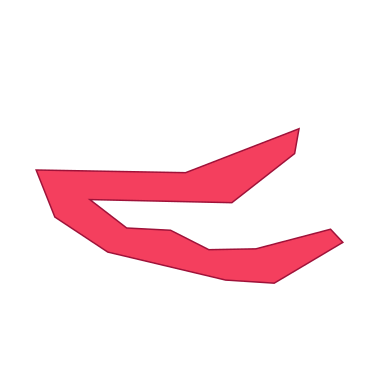 an SVG outline of British Indian Ocean Territory, rotated 100°
{"feature_id": "IOT", "entity_name": "British Indian Ocean Territory", "entity_type": "country or territory", "adm_level": 0, "iso_a3": "IOT", "parent_name": "Seven seas (open ocean)", "parent_adm1": "", "projection": "equal_earth", "projection_center": [72.449, -7.328], "detail": "fine", "context": "isolated", "style": "filled", "palette": "rose", "viewbox_px": 384, "rotation_deg": 100, "n_neighbors": 0, "source": "natural_earth", "source_scale": "50m", "svg_char_len": 370}
<svg xmlns="http://www.w3.org/2000/svg" viewBox="0 0 384 384"><g transform="rotate(100 192 192)"><path d="M265.8,264.5L240.5,322.7L197.4,349.3L174.1,201.7L111.1,97.6L136.3,97.6L195.6,150.9L217.2,291.3L238.8,250.1L233.4,206.5L245.9,165.4L236.9,119.3L204.6,49.1L215.4,34.7L267.5,95.2L272.9,143.6L265.8,264.5Z" fill="#f43f5e" stroke="#9f1239" stroke-width="1.5"/></g></svg>